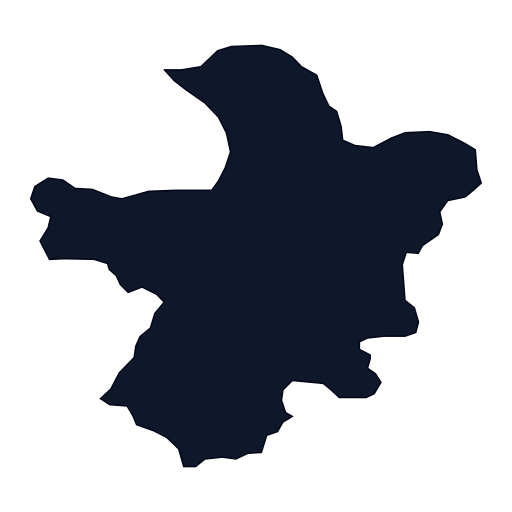 outline of Nybro, Kalmar, Sweden
{"feature_id": "70781695B56315309655935", "entity_name": "Nybro", "entity_type": "district", "adm_level": 2, "iso_a3": "SWE", "parent_name": "Sweden", "parent_adm1": "Kalmar", "projection": "robinson", "projection_center": [15.892, 56.861], "detail": "fine", "context": "isolated", "style": "filled", "palette": "ink", "viewbox_px": 512, "rotation_deg": 0, "n_neighbors": 0, "source": "geoboundaries", "source_scale": "gbopen_adm2", "svg_char_len": 1592}
<svg xmlns="http://www.w3.org/2000/svg" viewBox="0 0 512 512"><path d="M481.3,183.0L476.9,170.0L475.3,149.8L471.4,147.4L464.7,143.4L447.9,134.8L429.6,131.6L405.2,132.7L391.5,138.0L373.2,147.6L354.9,145.5L342.7,140.2L341.1,126.3L336.6,111.4L328.9,106.1L322.8,93.3L316.7,75.2L301.5,66.7L292.3,57.1L280.1,49.7L261.9,45.4L231.4,46.5L217.7,50.7L200.9,66.7L181.1,69.9L163.9,69.9L164.9,70.4L174.3,80.7L186.3,90.0L205.1,103.1L218.5,117.2L226.5,133.1L230.5,151.9L225.2,167.8L218.5,180.9L211.7,190.3L191.6,190.3L175.5,190.3L148.7,191.3L121.9,198.8L111.2,196.9L92.4,189.4L75.0,188.4L62.9,180.0L48.2,178.1L34.8,186.6L30.7,198.8L31.1,199.4L37.4,211.0L50.8,216.6L48.1,227.9L40.0,241.0L49.5,259.4L64.3,258.7L93.9,259.3L107.6,263.5L109.3,269.5L116.2,275.6L120.4,284.6L128.2,292.4L141.9,287.0L156.5,294.2L164.2,302.1L154.8,313.5L150.4,328.0L140.1,336.5L135.8,346.1L134.1,357.6L119.4,372.7L110.8,389.0L100.5,398.7L109.9,404.7L127.1,406.0L133.1,416.2L136.6,424.7L153.8,430.8L166.7,437.4L178.7,448.9L183.7,466.6L195.5,466.6L204.9,459.0L222.4,457.1L235.8,459.0L247.9,453.3L261.4,452.4L266.7,435.3L277.5,431.6L282.9,422.1L292.3,416.4L285.6,412.6L281.5,400.4L282.9,390.0L292.3,380.5L323.2,383.4L331.2,390.0L339.3,397.5L366.2,397.5L374.2,393.7L380.9,382.4L375.6,373.9L367.5,368.2L370.2,358.8L370.2,355.0L359.4,349.4L359.4,341.8L367.5,338.0L383.6,336.2L405.1,336.2L415.8,332.4L418.5,322.0L414.4,307.9L405.0,300.3L402.3,264.6L406.3,252.3L418.3,253.3L422.3,245.7L433.1,238.2L438.4,234.5L442.4,224.1L439.7,211.9L447.7,200.6L465.2,196.9L473.2,190.3L481.3,183.0Z" fill="#0f172a" stroke="#020617" stroke-width="1.5"/></svg>